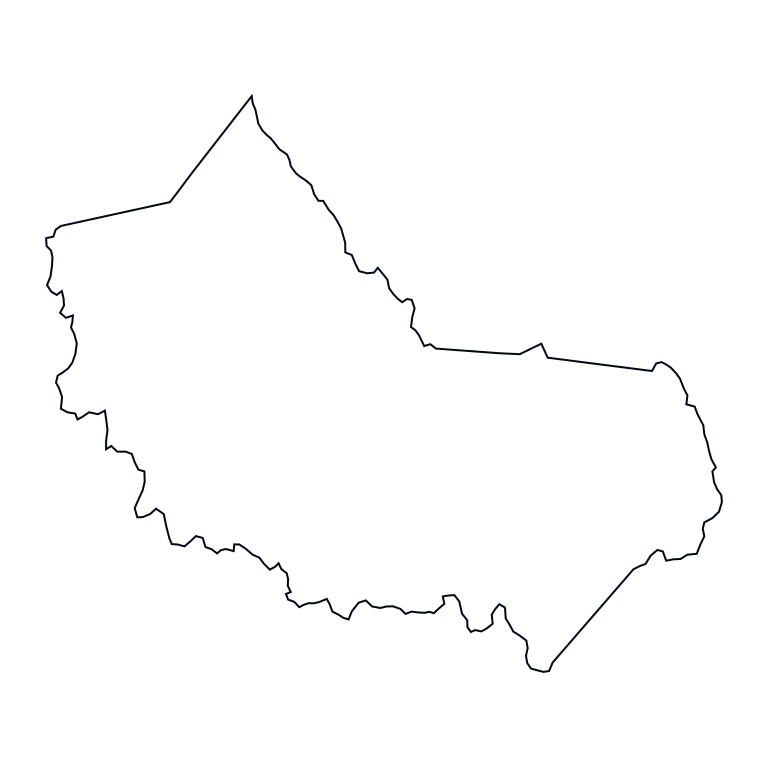 Macajuba, Bahia, Brazil (Equal Earth projection)
{"feature_id": "56859067B5782539375229", "entity_name": "Macajuba", "entity_type": "district", "adm_level": 2, "iso_a3": "BRA", "parent_name": "Brazil", "parent_adm1": "Bahia", "projection": "equal_earth", "projection_center": [-40.27, -12.114], "detail": "fine", "context": "isolated", "style": "outline", "palette": "ink", "viewbox_px": 768, "rotation_deg": 0, "n_neighbors": 0, "source": "geoboundaries", "source_scale": "gbopen_adm2", "svg_char_len": 3040}
<svg xmlns="http://www.w3.org/2000/svg" viewBox="0 0 768 768"><path d="M251.7,96.1L192.4,172.4L176.0,194.3L169.9,202.2L161.7,203.9L61.1,225.9L55.7,229.6L53.4,236.6L46.1,238.2L46.6,246.1L51.0,250.5L52.5,257.3L52.0,265.7L50.5,276.6L47.0,285.1L51.3,291.7L56.7,295.0L61.8,291.0L63.6,298.6L64.0,305.6L60.1,312.8L66.0,317.8L72.9,315.5L72.4,321.8L71.0,327.5L74.1,333.6L76.8,343.3L75.4,353.8L72.4,362.5L68.2,368.4L62.9,372.4L57.7,375.6L56.0,382.6L59.1,388.2L62.1,397.1L60.9,408.7L67.5,412.3L75.3,413.6L77.5,419.5L82.3,416.9L89.1,412.3L98.0,414.2L104.9,410.6L106.6,422.6L107.5,430.2L106.1,440.7L106.1,449.2L111.2,446.0L117.3,451.7L125.4,451.6L131.8,453.9L134.8,462.5L138.4,469.7L144.4,471.4L144.7,481.7L142.7,490.3L138.3,499.8L134.7,508.2L137.3,517.3L142.7,517.1L150.2,514.0L156.0,508.7L163.8,514.1L166.2,526.0L169.4,538.4L171.8,544.1L177.8,544.5L184.4,546.4L190.2,541.5L195.9,536.1L202.7,537.9L205.5,547.1L211.4,549.1L217.1,553.4L220.9,550.2L225.9,549.0L233.7,551.1L234.2,544.4L239.1,544.4L245.7,548.7L252.7,554.7L259.3,557.6L264.1,563.9L269.8,569.6L274.9,566.9L278.6,563.3L281.4,569.2L286.7,573.2L288.1,579.1L287.8,585.8L290.7,592.0L286.0,594.0L288.1,599.6L294.4,601.9L299.2,607.2L304.2,604.6L308.8,603.2L314.0,603.3L319.6,601.9L326.7,598.9L329.7,604.2L332.4,611.6L338.8,614.8L343.4,617.9L348.6,619.4L351.8,611.4L358.6,602.7L365.8,600.4L372.2,606.5L380.4,608.0L386.4,606.5L393.0,606.3L400.4,608.9L405.5,613.9L411.6,611.6L418.8,612.5L424.6,612.8L429.4,611.8L433.8,613.2L438.4,608.9L444.3,603.8L442.8,596.4L447.5,595.6L454.4,595.1L459.3,601.5L462.0,613.7L467.2,620.2L467.4,627.0L470.8,632.0L475.2,630.1L481.4,631.4L486.8,628.4L492.7,623.7L491.7,614.8L494.9,609.5L499.3,604.2L505.0,607.6L505.7,618.4L509.6,624.7L513.3,631.6L519.7,635.6L526.3,640.5L527.7,648.1L526.0,655.8L527.2,663.0L531.0,668.6L538.5,670.6L543.5,671.9L549.1,671.0L552.6,662.6L633.5,569.2L640.0,566.0L645.6,563.9L650.6,555.7L657.3,550.0L662.8,551.4L666.2,560.7L673.4,559.3L680.5,559.0L687.4,554.7L696.7,553.8L700.4,544.5L704.3,536.3L702.8,528.7L704.3,522.4L712.4,518.1L719.0,511.7L721.9,502.1L721.3,495.2L717.3,489.5L714.1,482.3L712.4,471.4L715.9,467.5L711.4,459.2L709.0,450.7L707.2,442.3L704.3,434.2L703.3,425.2L700.3,419.6L697.5,414.2L694.7,406.6L686.4,404.3L687.4,395.4L683.7,388.2L680.0,378.7L675.9,373.0L671.0,367.8L666.5,364.7L661.6,362.1L656.2,363.4L652.0,371.0L586.7,362.7L564.4,359.8L547.7,357.7L541.3,343.7L519.7,354.2L498.6,353.2L436.0,348.6L430.3,344.2L424.2,346.0L419.0,335.3L415.1,330.0L411.0,327.1L412.2,317.5L414.6,308.3L411.7,299.9L407.0,299.0L402.2,302.2L397.7,298.7L393.0,293.7L389.1,288.1L387.4,279.6L382.5,273.5L377.8,267.8L374.1,272.5L367.3,273.3L359.1,271.2L355.3,263.6L351.8,255.0L345.3,252.4L345.2,242.7L343.1,235.3L341.2,228.6L337.1,221.0L333.7,215.3L328.7,209.8L323.2,200.9L318.4,200.8L314.2,194.3L311.3,185.1L305.6,180.3L300.2,176.7L296.1,173.5L290.9,166.5L289.4,159.8L287.0,154.5L279.4,149.3L274.3,142.7L270.8,138.4L266.8,135.1L262.4,130.5L258.3,123.5L256.7,115.7L255.3,109.3L252.8,103.7L251.7,96.1Z" fill="none" stroke="#020617" stroke-width="2"/></svg>